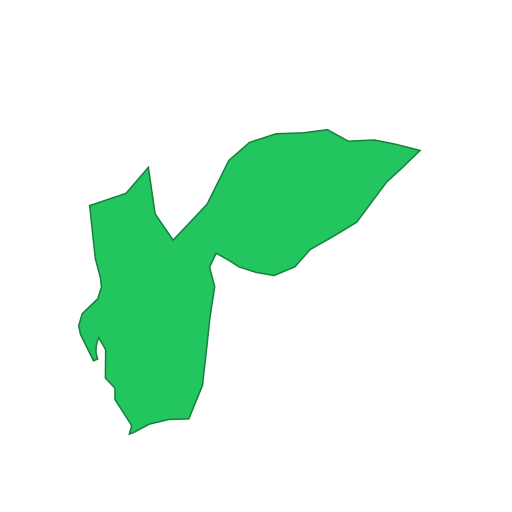 Hato Mayor, Natural Earth projection, rotated 247°
{"feature_id": "DOM-1980", "entity_name": "Hato Mayor", "entity_type": "Province", "adm_level": 1, "iso_a3": "DOM", "parent_name": "Dominican Republic", "parent_adm1": "", "projection": "natural_earth1", "projection_center": [-69.407, 18.817], "detail": "fine", "context": "isolated", "style": "filled", "palette": "green", "viewbox_px": 512, "rotation_deg": 247, "n_neighbors": 0, "source": "natural_earth", "source_scale": "10m", "svg_char_len": 836}
<svg xmlns="http://www.w3.org/2000/svg" viewBox="0 0 512 512"><g transform="rotate(247 256 256)"><path d="M141.6,69.8L148.5,75.3L178.9,70.1L189.4,74.5L202.6,69.7L228.5,81.0L242.2,79.3L238.9,76.1L234.4,73.1L229.2,70.9L223.0,70.0L223.0,65.5L252.5,63.8L261.1,65.5L270.9,73.6L278.5,93.7L287.8,101.6L297.2,104.4L316.2,107.0L367.5,122.6L367.2,125.0L364.5,160.9L379.7,191.6L334.2,179.6L303.0,185.9L322.8,231.2L354.5,268.2L363.1,294.4L360.7,322.2L351.1,347.0L344.4,371.1L325.6,385.8L316.6,410.2L304.8,427.5L289.1,448.2L280.7,426.8L273.0,405.1L260.4,383.5L247.8,362.0L243.9,335.4L240.8,308.4L230.9,287.7L230.9,265.1L240.7,249.9L252.3,236.4L263.6,228.6L274.1,220.4L263.9,208.9L243.9,206.0L216.9,189.3L189.2,173.9L157.7,156.1L132.3,130.5L139.6,111.9L142.9,92.0L141.3,74.6L141.6,69.8Z" fill="#22c55e" stroke="#15803d" stroke-width="1.5"/></g></svg>